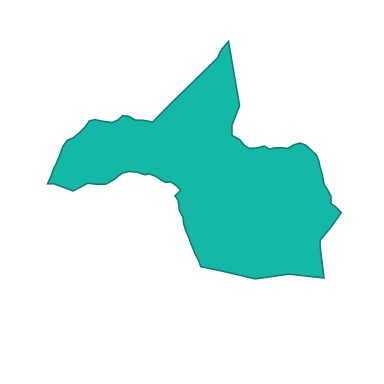 Rosário do Catete, Sergipe, Brazil (Albers equal-area conic projection), rotated 159°
{"feature_id": "56859067B61621053518768", "entity_name": "Rosário do Catete", "entity_type": "district", "adm_level": 2, "iso_a3": "BRA", "parent_name": "Brazil", "parent_adm1": "Sergipe", "projection": "albers", "projection_center": [-37.028, -10.681], "detail": "fine", "context": "isolated", "style": "filled", "palette": "teal", "viewbox_px": 384, "rotation_deg": 159, "n_neighbors": 0, "source": "geoboundaries", "source_scale": "gbopen_adm2", "svg_char_len": 1212}
<svg xmlns="http://www.w3.org/2000/svg" viewBox="0 0 384 384"><g transform="rotate(159 192 192)"><path d="M99.6,64.4L91.8,95.6L89.7,101.0L75.6,108.9L60.0,119.2L62.8,126.0L66.3,131.3L63.7,138.6L64.5,144.5L66.0,151.9L64.0,161.6L63.6,169.0L62.5,175.2L62.5,181.3L65.7,188.6L68.9,194.8L73.3,198.9L79.6,199.6L86.8,198.4L93.5,201.6L99.0,203.6L104.4,204.3L108.0,209.0L116.6,210.1L122.7,212.2L126.4,216.6L128.6,223.7L134.3,230.5L130.8,239.9L127.1,244.0L121.8,249.9L116.7,255.3L103.9,319.6L111.2,315.6L115.7,312.6L119.9,308.1L181.8,281.4L203.7,271.4L211.7,276.4L219.4,279.6L223.5,285.0L229.2,288.2L235.2,285.8L241.4,285.4L249.7,289.9L256.7,294.4L262.4,295.2L267.9,291.4L275.7,287.8L283.2,285.2L290.2,284.9L296.3,280.7L301.8,274.3L309.2,266.6L313.3,262.8L318.8,256.4L324.0,251.4L317.9,249.1L302.6,235.5L286.1,237.5L278.4,233.4L269.3,230.1L260.4,231.6L250.5,234.6L243.3,233.7L235.7,229.8L230.3,225.2L225.2,224.1L219.9,219.2L216.7,214.5L213.3,210.4L208.1,209.0L204.3,203.3L201.9,197.6L209.3,194.6L208.0,189.3L210.4,178.9L209.5,171.5L211.2,165.1L211.7,157.5L211.3,151.2L211.5,143.1L211.2,133.3L210.4,124.8L210.6,119.1L193.3,108.0L164.1,88.2L131.1,80.6L99.6,64.4Z" fill="#14b8a6" stroke="#0f766e" stroke-width="1.5"/></g></svg>